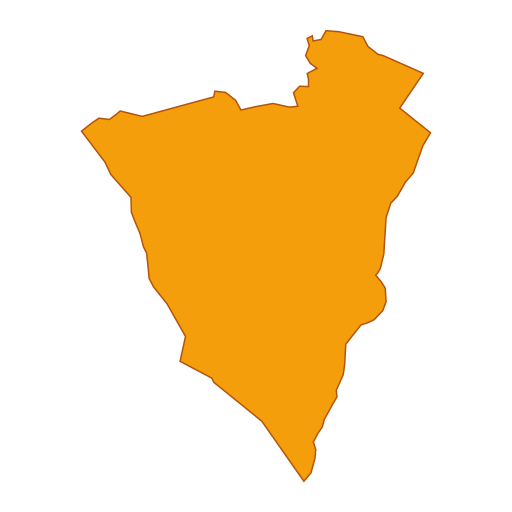 outline of Ould Yenge, Guidimaka, Mauritania
{"feature_id": "47542326B88135317282644", "entity_name": "Ould Yenge", "entity_type": "district", "adm_level": 2, "iso_a3": "MRT", "parent_name": "Mauritania", "parent_adm1": "Guidimaka", "projection": "albers", "projection_center": [-11.856, 15.622], "detail": "fine", "context": "isolated", "style": "filled", "palette": "amber", "viewbox_px": 512, "rotation_deg": 0, "n_neighbors": 0, "source": "geoboundaries", "source_scale": "gbopen_adm2", "svg_char_len": 1330}
<svg xmlns="http://www.w3.org/2000/svg" viewBox="0 0 512 512"><path d="M303.9,481.3L311.0,472.8L314.9,458.5L315.5,453.6L315.4,452.8L315.6,451.0L315.8,449.8L314.7,446.2L313.3,441.9L315.0,438.9L317.0,435.1L318.5,432.5L322.2,427.1L323.2,423.7L324.4,419.1L327.8,413.2L333.0,403.6L334.2,401.7L336.9,396.9L336.3,390.2L339.2,383.8L343.2,374.7L344.6,365.0L345.8,344.1L361.0,324.9L367.1,323.0L374.2,319.7L378.1,315.5L382.8,310.6L384.6,305.7L386.1,301.5L385.2,288.1L381.0,281.5L375.7,275.2L377.3,273.5L380.3,268.6L383.8,253.9L386.1,217.5L390.8,203.1L397.1,196.6L405.4,182.2L413.3,172.9L422.7,146.1L427.8,137.3L430.5,132.8L399.7,108.1L423.3,73.4L383.2,55.6L377.9,54.3L368.0,46.5L362.8,36.7L338.8,31.7L326.0,30.7L321.1,39.5L313.1,40.9L312.3,35.9L307.0,38.5L309.3,45.5L305.6,55.6L310.3,63.4L317.0,68.3L307.2,73.5L308.5,79.2L308.5,86.6L299.7,86.2L293.5,92.7L297.8,106.3L289.4,107.1L273.1,103.5L256.3,106.5L240.9,110.0L235.6,100.3L225.5,92.4L214.9,91.2L213.7,96.9L142.2,116.4L120.2,111.0L116.0,114.5L109.3,119.5L104.3,118.8L98.9,118.2L91.4,123.3L81.5,131.2L105.1,162.3L110.8,174.5L131.0,197.4L131.4,212.3L134.4,220.2L140.1,233.8L143.5,246.9L146.6,253.1L148.0,266.2L149.1,278.4L153.5,286.8L167.1,303.9L185.5,336.4L180.1,361.3L211.7,378.1L213.9,382.4L239.0,402.7L261.8,421.2L303.9,481.3Z" fill="#f59e0b" stroke="#b45309" stroke-width="1.5"/></svg>